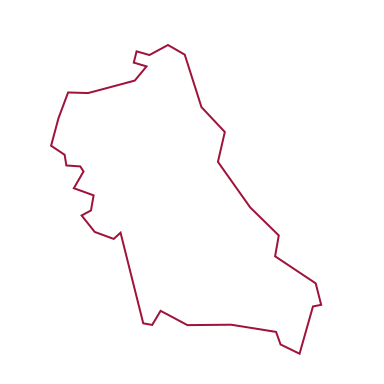 Rumbek East, Lakes, South Sudan (Robinson projection), rotated 100°
{"feature_id": "79223893B32400871313636", "entity_name": "Rumbek East", "entity_type": "district", "adm_level": 2, "iso_a3": "SSD", "parent_name": "South Sudan", "parent_adm1": "Lakes", "projection": "robinson", "projection_center": [30.005, 6.745], "detail": "fine", "context": "isolated", "style": "outline", "palette": "rose", "viewbox_px": 384, "rotation_deg": 100, "n_neighbors": 0, "source": "geoboundaries", "source_scale": "gbopen_adm2", "svg_char_len": 631}
<svg xmlns="http://www.w3.org/2000/svg" viewBox="0 0 384 384"><g transform="rotate(100 192 192)"><path d="M329.8,217.2L329.8,208.1L314.5,202.3L323.9,173.4L315.9,130.4L315.2,84.9L326.8,78.3L332.6,58.0L283.7,53.0L280.7,45.2L260.5,54.3L240.9,99.0L219.7,99.0L197.1,132.0L157.8,171.7L127.2,170.1L106.8,197.4L58.0,223.0L51.4,241.2L64.5,257.7L63.1,271.0L74.7,271.8L76.2,258.6L92.2,267.7L112.6,311.5L115.5,331.3L142.5,336.3L170.9,338.8L177.5,323.9L187.7,320.3L186.2,306.5L190.6,302.4L208.8,309.0L212.4,288.3L227.7,288.3L234.3,296.6L248.2,280.9L251.8,261.0L244.5,255.3L329.8,217.2Z" fill="none" stroke="#9f1239" stroke-width="2"/></g></svg>